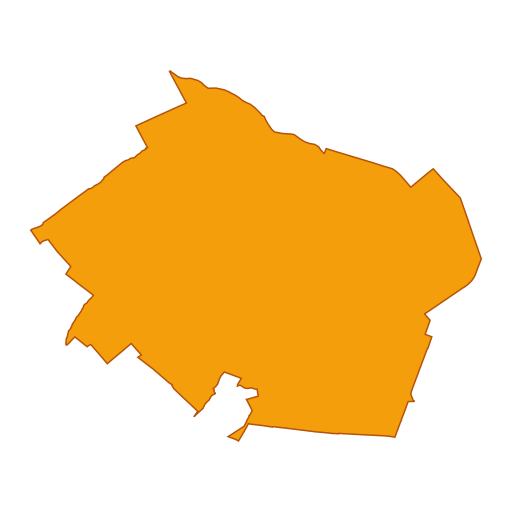 Nicolae Balcescu, Constanta, Romania (Equal Earth projection)
{"feature_id": "2599482B82722898963423", "entity_name": "Nicolae Balcescu", "entity_type": "district", "adm_level": 2, "iso_a3": "ROU", "parent_name": "Romania", "parent_adm1": "Constanta", "projection": "equal_earth", "projection_center": [28.337, 44.408], "detail": "fine", "context": "isolated", "style": "filled", "palette": "amber", "viewbox_px": 512, "rotation_deg": 0, "n_neighbors": 0, "source": "geoboundaries", "source_scale": "gbopen_adm2", "svg_char_len": 5720}
<svg xmlns="http://www.w3.org/2000/svg" viewBox="0 0 512 512"><path d="M314.0,431.6L314.3,431.7L320.0,432.2L325.3,432.7L326.7,432.8L328.7,433.0L332.5,433.5L333.1,433.5L334.1,433.5L338.7,433.8L338.8,433.6L339.0,433.3L340.5,433.5L343.5,433.7L346.1,433.8L349.7,434.0L352.8,434.2L354.6,434.3L362.2,434.7L368.7,435.0L378.1,435.5L385.4,435.9L390.0,436.4L394.7,437.1L394.9,437.2L395.5,435.4L396.8,432.0L400.7,421.6L400.9,421.1L401.2,420.8L401.4,420.6L401.4,420.0L401.3,419.7L403.7,413.7L404.2,412.4L408.1,401.6L414.2,401.4L414.1,400.9L413.3,401.0L412.6,398.8L411.6,396.4L411.1,394.9L411.0,394.1L411.0,393.3L411.0,392.8L411.4,391.5L411.9,390.0L412.5,388.3L413.0,386.8L413.6,385.3L418.2,373.1L419.2,370.3L419.6,369.1L420.5,366.8L420.8,366.2L420.9,365.7L423.3,359.4L424.4,356.5L425.0,354.9L427.2,348.9L427.8,348.5L431.8,336.8L426.7,334.9L425.2,334.3L425.2,334.2L428.2,325.7L430.1,320.3L424.7,314.1L424.6,313.9L433.1,308.2L446.0,299.4L456.1,292.5L463.2,287.7L464.0,287.3L467.7,284.6L470.5,282.0L472.3,279.9L474.1,277.2L474.5,276.4L474.9,275.5L475.4,274.5L475.4,274.4L476.0,272.8L476.7,270.9L478.4,266.4L481.3,258.9L472.2,232.7L470.7,228.1L468.4,221.6L468.5,221.5L465.8,213.8L460.3,198.0L454.2,191.5L448.7,185.7L443.2,179.9L441.6,178.1L433.4,169.0L433.3,168.9L432.8,169.3L432.7,169.2L429.0,172.1L428.9,172.2L426.7,174.0L410.8,187.2L401.8,176.8L400.1,174.9L396.1,171.3L392.5,168.8L385.1,166.6L384.8,166.5L384.5,166.5L373.4,162.9L366.8,160.9L361.1,159.2L350.1,155.9L345.2,154.4L335.5,151.5L326.2,148.6L324.3,153.5L324.2,153.5L323.6,153.1L321.1,150.3L320.4,149.5L320.0,148.9L319.3,147.8L318.8,147.0L318.6,146.8L315.2,144.7L314.6,144.4L311.3,143.8L309.9,143.6L309.2,143.4L308.9,143.3L304.8,141.8L304.0,141.4L303.0,140.8L299.5,138.5L294.6,134.9L294.1,134.7L293.9,134.6L293.1,134.4L291.1,134.0L289.2,133.9L282.7,133.5L274.5,132.0L271.8,129.5L268.0,124.0L265.8,120.1L264.2,116.5L263.8,116.2L262.0,115.4L261.6,114.9L260.4,113.3L254.9,107.8L251.8,105.4L250.2,104.2L246.0,102.4L242.1,100.3L239.5,98.0L237.4,96.6L235.1,95.1L233.6,94.3L232.8,94.0L231.9,93.6L229.1,91.9L224.7,90.0L224.1,89.8L216.2,88.1L215.7,88.1L210.0,88.2L208.5,88.3L208.2,88.2L207.9,88.1L205.3,86.2L203.7,84.9L201.9,83.0L201.5,82.7L198.8,81.0L197.9,80.5L191.4,78.6L190.2,78.3L189.4,78.4L187.8,78.5L186.8,78.6L184.6,78.5L182.2,78.2L181.8,78.2L181.7,78.2L180.2,77.6L178.9,77.1L177.9,76.7L176.8,75.8L174.4,74.1L172.7,72.9L171.4,72.0L170.6,71.3L170.2,71.0L169.9,71.2L169.5,71.4L172.0,76.1L176.9,85.3L186.4,103.0L167.6,111.4L149.8,119.5L140.9,123.6L135.9,125.9L142.8,138.9L147.5,147.6L147.1,147.8L146.0,148.1L145.8,148.3L145.5,148.5L145.8,149.2L144.5,149.9L142.4,150.8L141.7,151.4L141.1,152.1L140.0,153.2L138.3,154.3L137.8,154.5L136.4,155.8L134.6,157.5L133.9,157.8L132.8,158.0L131.0,158.1L130.6,158.3L128.6,159.6L127.5,160.1L126.0,160.5L124.0,161.4L122.2,162.6L118.3,165.8L112.4,170.6L109.2,173.4L107.2,175.0L104.1,177.2L103.7,178.8L102.5,180.0L101.1,181.8L100.2,182.5L98.2,183.9L97.0,184.6L95.2,185.4L95.1,185.5L94.4,185.8L93.5,186.9L90.8,188.6L89.6,188.8L89.0,188.6L77.8,196.8L68.2,204.0L64.6,206.7L62.2,208.4L61.2,209.2L55.2,214.1L43.3,222.6L42.7,224.3L42.3,224.7L41.1,225.7L39.9,226.4L37.6,227.2L36.4,227.7L35.1,228.1L34.4,228.3L31.3,229.6L30.7,230.2L31.6,231.4L39.8,243.3L40.1,243.8L42.0,241.8L42.8,241.3L43.9,240.8L48.1,239.5L50.5,242.8L57.6,252.0L57.8,252.0L58.5,252.9L63.9,258.9L69.4,264.9L70.8,266.5L65.9,274.1L73.1,279.6L79.6,284.7L86.3,289.8L93.3,295.1L92.9,295.7L92.0,297.2L89.3,299.7L88.2,300.9L87.1,302.8L84.8,304.3L83.9,305.2L83.6,306.0L83.2,307.6L82.1,309.0L81.5,310.7L78.7,314.7L78.6,315.0L78.2,315.6L77.6,316.1L76.8,316.9L76.0,318.1L75.4,319.4L75.2,319.8L74.7,320.8L74.2,321.5L73.3,322.7L73.1,323.1L72.5,323.9L72.1,325.0L71.8,325.9L70.7,328.2L70.1,329.3L68.6,330.8L68.3,332.0L67.3,336.4L67.3,336.7L66.3,338.8L65.9,342.5L65.9,344.1L66.0,344.7L66.3,345.0L66.6,345.0L67.0,344.8L67.3,344.8L74.2,337.5L74.8,336.9L80.9,341.7L87.1,346.7L87.3,346.5L89.6,345.0L90.8,344.5L99.1,354.1L107.3,363.7L113.4,358.5L119.4,353.5L125.3,348.5L131.2,343.5L134.0,346.6L136.9,350.0L139.9,353.3L141.3,355.0L137.8,357.3L142.0,360.5L150.4,367.0L152.6,368.6L161.3,376.1L170.1,383.7L171.1,383.9L172.1,384.8L171.9,385.6L172.2,385.9L172.8,386.9L173.8,388.6L174.6,389.4L182.5,397.0L186.2,400.4L191.1,405.0L197.8,411.4L196.8,412.7L195.8,413.9L195.4,414.7L194.2,416.2L194.5,416.3L195.3,415.5L196.1,414.6L203.0,408.4L203.4,407.7L203.7,406.6L204.3,405.5L205.3,403.8L206.1,402.9L206.7,402.2L207.5,401.4L209.1,400.1L209.5,399.2L210.6,397.4L211.0,396.6L211.4,396.0L211.9,395.6L212.3,395.1L214.8,394.0L215.3,393.5L215.3,393.2L215.2,393.0L214.9,392.8L214.4,392.2L214.2,391.3L214.1,391.1L213.9,390.8L213.9,390.6L213.9,390.2L214.0,390.0L214.1,389.5L213.9,389.4L213.7,389.2L213.3,388.9L213.3,388.7L213.4,388.4L213.7,388.1L214.7,387.4L215.9,386.3L216.8,385.0L217.3,384.7L217.4,384.4L217.5,384.2L218.1,382.8L218.5,381.5L219.0,380.2L219.2,379.9L219.3,379.2L219.8,378.1L220.4,377.1L220.8,376.1L221.1,375.7L221.8,375.0L223.9,372.5L224.3,372.0L238.6,377.3L241.4,378.3L238.1,383.6L237.5,385.0L237.4,386.1L237.8,385.9L238.8,385.4L239.7,385.3L240.3,385.4L241.1,385.7L244.2,387.8L246.2,388.4L248.0,388.4L250.9,387.9L252.3,388.0L253.5,388.6L254.9,389.0L255.4,389.1L257.1,389.2L257.1,389.4L257.9,394.0L258.2,396.2L252.4,397.8L248.6,398.9L246.4,399.4L246.8,400.1L247.3,401.0L247.8,402.0L252.2,410.6L252.1,410.9L249.6,415.4L249.1,415.5L249.2,416.2L246.7,420.8L246.6,421.4L246.3,422.0L244.0,426.3L243.7,426.5L241.7,427.8L237.4,430.6L231.3,434.6L228.1,436.6L234.8,439.1L236.7,439.9L236.9,440.1L238.5,441.0L244.6,430.7L248.5,423.6L250.2,424.1L262.8,425.6L272.0,427.0L272.5,427.1L273.0,426.6L278.2,427.3L285.6,428.1L288.8,428.5L290.5,428.7L300.2,429.9L314.0,431.6Z" fill="#f59e0b" stroke="#b45309" stroke-width="1.5"/></svg>